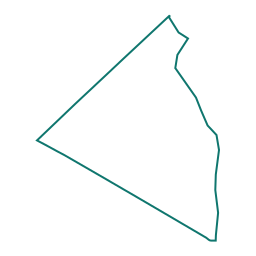 Rockland, New York, United States of America
{"feature_id": "52423323B64631698212491", "entity_name": "Rockland", "entity_type": "district", "adm_level": 2, "iso_a3": "USA", "parent_name": "United States of America", "parent_adm1": "New York", "projection": "equal_earth", "projection_center": [-73.992, 41.161], "detail": "fine", "context": "isolated", "style": "outline", "palette": "teal", "viewbox_px": 256, "rotation_deg": 0, "n_neighbors": 0, "source": "geoboundaries", "source_scale": "gbopen_adm2", "svg_char_len": 507}
<svg xmlns="http://www.w3.org/2000/svg" viewBox="0 0 256 256"><path d="M169.8,15.4L123.5,58.6L108.2,73.0L75.1,104.0L37.0,140.4L49.0,146.8L57.4,151.4L64.2,155.0L109.2,181.0L111.4,182.3L138.4,198.0L181.6,223.3L206.3,237.8L208.8,239.8L209.9,240.4L211.1,240.6L215.7,240.6L215.9,235.1L218.1,212.8L215.3,190.0L215.8,174.5L219.0,150.0L216.5,135.0L207.6,125.5L201.1,110.5L196.0,97.6L187.3,85.2L175.3,68.1L177.4,54.9L188.0,38.5L178.6,32.5L169.1,17.4L169.8,15.4Z" fill="none" stroke="#0f766e" stroke-width="2"/></svg>